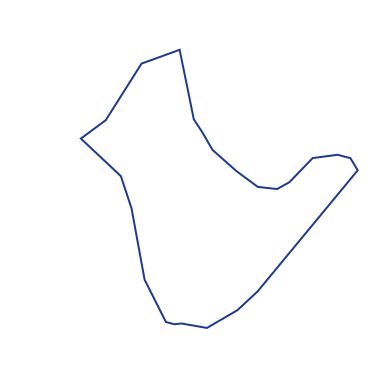 SVG path tracing the border of Majšperk, rotated 126°
{"feature_id": "SVN-211", "entity_name": "Majšperk", "entity_type": "Municipality", "adm_level": 1, "iso_a3": "SVN", "parent_name": "Slovenia", "parent_adm1": "", "projection": "equal_earth", "projection_center": [15.741, 46.315], "detail": "fine", "context": "isolated", "style": "outline", "palette": "blue", "viewbox_px": 384, "rotation_deg": 126, "n_neighbors": 0, "source": "natural_earth", "source_scale": "10m", "svg_char_len": 456}
<svg xmlns="http://www.w3.org/2000/svg" viewBox="0 0 384 384"><g transform="rotate(126 192 192)"><path d="M214.1,313.3L184.6,304.0L117.8,308.3L84.2,285.6L132.1,233.3L137.7,218.6L145.9,200.1L149.0,168.2L149.2,141.8L139.6,124.9L126.9,119.0L93.6,114.3L76.4,96.2L71.5,83.8L77.0,70.7L233.9,80.5L260.9,85.8L293.2,100.0L304.5,123.1L309.5,128.8L312.5,136.7L290.8,178.8L240.8,231.3L221.0,258.8L214.1,313.3Z" fill="none" stroke="#1e3a8a" stroke-width="2"/></g></svg>